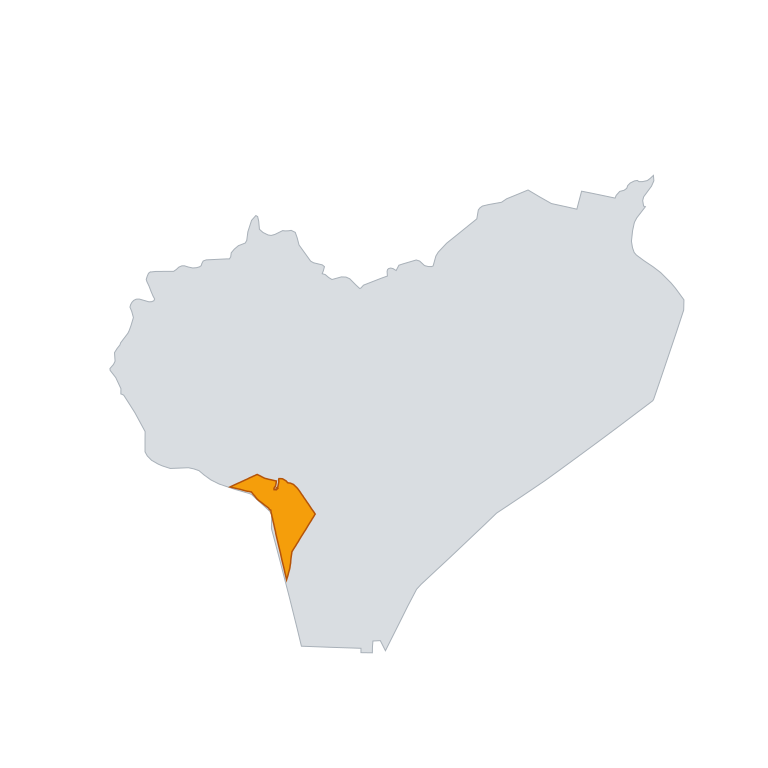 Al-Kaim, Al-Anbar, Iraq shown in context, rotated 286°
{"feature_id": "34846034B30812362008382", "entity_name": "Al-Kaim", "entity_type": "district", "adm_level": 2, "iso_a3": "IRQ", "parent_name": "Iraq", "parent_adm1": "Al-Anbar", "projection": "albers", "projection_center": [41.099, 34.433], "detail": "fine", "context": "in_parent", "style": "filled", "palette": "amber", "viewbox_px": 768, "rotation_deg": 286, "n_neighbors": 0, "source": "geoboundaries", "source_scale": "gbopen_adm2", "svg_char_len": 5201}
<svg xmlns="http://www.w3.org/2000/svg" viewBox="0 0 768 768"><g transform="rotate(286 384 384)"><path d="M301.9,133.8L307.0,132.4L316.2,124.4L321.6,117.0L323.3,116.3L328.3,118.6L331.8,119.2L339.9,116.3L344.7,117.7L348.8,119.4L351.1,119.5L362.1,123.8L364.8,124.3L370.4,124.7L378.8,124.8L384.1,121.6L387.9,118.6L390.5,118.6L393.1,119.2L395.4,120.4L397.3,122.5L398.2,125.6L398.2,135.4L399.1,138.0L400.6,139.8L402.5,140.1L404.7,137.9L408.6,134.7L413.4,131.1L417.0,127.9L419.0,126.6L422.3,126.7L425.5,127.1L427.4,128.5L427.4,129.0L429.3,133.6L434.3,150.7L436.8,152.8L439.7,154.5L441.8,157.0L442.6,159.6L442.5,163.6L442.8,168.2L444.1,171.7L445.8,174.4L447.4,175.7L449.6,175.7L452.4,176.3L454.3,178.9L460.9,198.3L461.6,200.9L464.0,201.6L468.0,201.0L472.3,202.9L476.8,205.9L481.2,211.7L484.1,212.5L492.8,211.2L504.8,211.6L510.6,214.4L510.1,216.4L505.9,218.7L498.4,221.6L496.3,225.9L495.3,231.5L495.7,234.6L497.7,237.9L503.5,244.3L503.9,246.8L505.0,250.1L506.1,252.4L505.3,256.9L500.5,260.3L494.2,264.0L481.9,279.6L481.1,282.9L481.5,291.8L480.4,294.4L476.2,294.5L473.0,294.2L473.0,297.3L471.1,301.5L470.1,305.2L475.2,313.5L476.3,318.0L475.7,322.1L471.6,329.4L469.1,334.3L469.8,335.3L473.4,337.1L484.9,352.2L488.7,357.5L493.2,355.9L495.0,355.9L496.3,356.7L497.3,358.5L497.4,360.9L496.4,364.4L502.3,365.6L504.6,369.0L512.1,380.8L512.0,384.4L509.0,390.3L509.1,394.1L510.0,397.5L511.1,398.7L521.3,398.6L525.7,399.8L536.6,405.4L549.2,414.3L559.5,421.5L568.3,427.7L577.3,426.7L579.8,427.7L582.2,429.6L585.2,434.9L591.1,446.9L595.8,450.8L603.2,460.2L610.2,469.0L606.8,481.9L603.6,495.2L604.7,512.1L605.2,521.2L614.1,521.0L623.8,520.8L624.7,531.6L625.5,542.4L626.4,554.9L629.3,555.2L634.1,557.5L636.4,561.4L639.0,563.4L642.0,563.6L645.1,565.3L648.2,568.7L649.5,571.4L648.8,573.3L649.7,576.5L652.1,581.0L654.7,583.0L658.8,585.5L653.7,587.4L647.9,586.6L635.5,582.0L631.6,582.1L626.6,584.5L626.5,586.4L613.4,581.2L608.7,580.2L607.1,580.2L599.8,580.7L589.4,582.5L583.5,585.3L579.4,588.2L577.6,590.9L577.0,592.4L574.1,600.2L570.9,610.2L567.4,619.2L560.3,632.0L556.3,637.9L547.6,649.1L537.7,651.7L514.3,650.8L488.3,649.6L462.6,648.4L443.4,647.4L441.9,646.9L422.5,632.3L407.2,620.8L388.3,606.4L369.0,591.5L349.5,576.4L335.5,565.4L318.4,551.1L303.0,538.1L290.9,527.8L275.4,518.8L263.4,511.7L245.9,501.4L231.9,493.1L220.0,485.9L201.7,474.9L195.7,471.9L176.7,468.0L158.8,464.7L140.3,461.2L128.0,458.9L136.3,451.2L133.9,444.2L127.9,445.4L122.4,446.9L119.4,435.9L123.6,434.7L120.0,420.4L116.3,405.7L112.8,391.5L109.2,376.9L124.9,368.0L136.5,361.3L152.8,351.9L168.4,342.7L183.3,334.0L199.6,324.3L214.1,315.6L227.3,312.1L230.1,309.3L236.2,297.3L241.3,287.1L241.6,284.7L241.6,270.2L242.4,253.1L244.1,244.0L247.0,236.0L249.7,230.1L250.0,224.6L249.6,219.0L246.8,210.6L243.9,201.8L244.2,193.3L244.8,188.8L246.6,181.6L249.6,176.3L252.9,173.0L265.1,169.5L272.4,167.5L282.1,158.0L287.8,152.4L295.7,143.5L301.5,136.9L301.9,134.7L301.9,133.8Z" fill="#d9dde1" stroke="#a8b0b8" stroke-width="1"/><path d="M240.0,353.7L241.5,352.0L242.4,350.9L243.2,349.8L244.1,348.7L246.0,346.5L247.2,345.1L248.2,343.9L249.2,342.6L250.5,341.1L251.8,339.5L252.8,338.2L254.2,336.7L254.9,335.7L255.9,334.5L256.8,333.5L257.7,332.4L258.7,331.1L259.7,329.8L260.5,328.5L261.2,327.1L261.9,325.8L262.5,324.7L262.7,322.9L262.9,321.4L262.7,320.1L262.5,318.8L263.2,317.6L263.9,316.6L264.1,315.7L264.5,314.2L264.9,312.7L264.7,311.4L264.4,310.2L264.1,309.1L263.5,309.1L263.1,309.1L262.4,309.3L261.3,309.8L260.3,309.9L259.2,310.0L257.7,310.1L255.9,310.3L255.4,310.0L254.5,309.3L254.7,310.0L254.5,310.7L253.6,310.2L252.6,309.7L252.5,309.1L252.1,307.4L253.3,307.0L254.0,307.1L255.1,307.4L255.9,307.9L256.5,307.8L258.2,307.7L259.7,307.5L261.1,307.3L261.0,305.9L260.9,304.1L260.8,301.5L260.6,299.5L260.6,297.7L260.5,295.3L260.8,293.8L261.1,292.2L261.5,290.5L261.8,288.6L262.1,287.0L261.3,286.0L260.4,285.1L259.6,284.0L258.4,282.7L257.6,281.7L256.6,280.5L255.6,279.5L254.6,278.4L253.5,277.0L252.4,275.8L251.0,274.1L249.7,272.7L248.7,271.4L247.3,269.8L245.7,267.9L244.1,266.1L242.8,264.6L242.6,264.4L242.6,266.3L242.8,269.4L242.9,272.3L243.1,274.4L243.1,276.4L243.1,278.1L243.1,279.4L243.1,280.6L243.2,281.7L243.2,282.4L243.5,283.9L243.5,285.4L243.7,286.2L242.8,287.5L241.8,288.8L240.9,290.4L240.2,291.3L239.3,292.5L238.7,293.4L238.5,293.6L237.4,295.9L236.5,298.3L235.6,300.6L234.6,302.9L233.9,304.8L233.0,307.1L232.5,307.9L232.0,308.2L231.7,308.4L231.6,308.7L231.7,309.3L231.7,309.8L230.8,310.3L229.5,310.8L228.3,311.5L227.2,312.2L225.9,312.8L224.0,314.0L222.0,314.9L221.0,315.5L219.1,316.6L214.6,319.0L212.0,320.5L210.4,321.2L207.9,322.6L200.6,326.7L194.1,330.4L193.8,330.6L187.0,334.2L183.0,336.5L179.0,338.8L175.6,340.6L172.1,342.6L169.0,344.3L169.5,344.3L172.0,344.4L174.3,344.4L175.9,344.3L177.6,344.3L179.8,344.3L181.4,344.2L183.9,343.8L186.1,343.6L188.8,343.0L190.5,342.7L191.8,342.5L193.9,342.2L194.0,342.2L195.7,342.0L197.4,341.7L198.3,342.0L199.9,342.4L202.3,343.1L204.1,343.7L205.8,344.1L207.5,344.6L209.0,345.1L210.9,345.5L212.7,346.0L214.9,346.6L217.2,347.3L219.7,348.0L222.2,348.8L224.5,349.4L227.2,350.1L229.3,350.7L231.4,351.3L232.9,351.8L234.4,352.1L235.9,352.6L237.7,353.1L239.8,353.6L240.0,353.7Z" fill="#f59e0b" stroke="#b45309" stroke-width="1.5"/></g></svg>